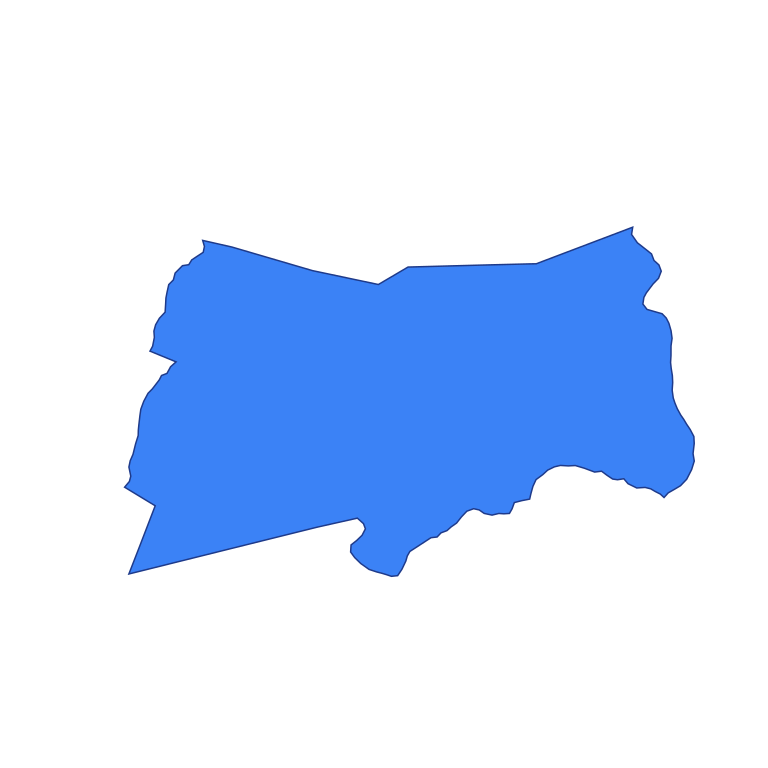 Itatim, Bahia, Brazil (Albers equal-area conic projection), rotated 74°
{"feature_id": "56859067B14041367173049", "entity_name": "Itatim", "entity_type": "district", "adm_level": 2, "iso_a3": "BRA", "parent_name": "Brazil", "parent_adm1": "Bahia", "projection": "albers", "projection_center": [-39.715, -12.718], "detail": "fine", "context": "isolated", "style": "filled", "palette": "blue", "viewbox_px": 768, "rotation_deg": 74, "n_neighbors": 0, "source": "geoboundaries", "source_scale": "gbopen_adm2", "svg_char_len": 2041}
<svg xmlns="http://www.w3.org/2000/svg" viewBox="0 0 768 768"><g transform="rotate(74 384 384)"><path d="M196.0,518.7L202.3,518.7L207.6,521.5L209.8,528.6L211.7,534.6L215.5,538.8L214.7,545.1L219.8,554.2L225.9,557.8L229.1,563.5L235.9,567.2L241.2,569.9L247.6,572.1L254.6,574.6L258.9,581.8L264.1,587.2L269.7,590.6L275.9,591.9L283.9,596.0L287.9,599.9L305.4,577.8L308.6,584.4L314.0,589.7L314.5,595.5L318.2,599.0L324.9,608.1L327.9,613.4L334.4,619.7L341.2,624.7L347.0,627.3L355.9,631.0L360.7,632.9L365.8,634.5L373.1,639.3L382.5,644.7L387.8,649.1L393.5,652.1L402.8,652.8L407.5,655.6L411.7,661.8L438.0,637.5L472.1,663.2L496.3,681.6L500.0,577.0L503.2,487.8L505.6,446.6L512.6,442.2L518.1,441.8L523.4,446.8L526.9,453.4L529.6,460.0L536.3,462.4L542.8,460.0L550.2,455.8L558.1,449.5L562.6,442.9L565.3,438.3L568.0,434.1L570.9,429.9L572.0,423.7L567.0,417.8L560.2,411.8L555.7,409.0L552.1,405.3L544.7,381.2L545.7,375.1L542.8,370.2L542.3,363.9L539.8,358.7L537.7,352.6L533.1,346.2L529.1,339.4L528.6,332.2L531.3,327.2L536.0,323.4L539.8,316.3L540.1,309.3L541.8,304.6L543.0,299.1L539.3,295.3L533.9,291.4L534.1,283.8L534.8,275.7L529.9,273.0L523.5,269.1L517.8,264.2L514.9,256.4L511.9,250.4L510.6,243.0L510.9,236.9L513.5,229.5L515.1,222.6L520.2,214.6L526.7,205.8L527.8,198.9L533.2,194.8L538.4,190.4L540.4,185.9L541.2,179.6L547.1,176.9L553.6,169.7L555.4,161.5L558.3,156.5L562.1,152.9L565.9,148.8L570.3,146.1L567.0,140.8L565.2,133.5L563.5,127.0L559.0,119.3L551.1,111.9L543.6,107.0L536.1,106.1L526.7,102.2L519.9,100.6L512.2,102.2L506.0,104.2L500.7,105.6L495.7,107.3L488.6,108.9L482.4,109.6L477.2,109.8L469.4,108.7L462.2,106.1L455.5,104.5L448.0,103.6L442.3,102.6L435.8,100.3L426.5,97.6L419.5,94.5L412.0,93.4L404.2,93.4L398.4,94.5L393.1,97.3L390.0,102.3L384.8,110.6L378.5,113.1L372.4,110.3L368.7,106.7L362.0,97.8L358.1,91.0L352.0,86.4L345.3,86.9L339.7,90.4L332.7,91.0L326.8,95.2L318.1,101.5L308.5,104.8L301.8,101.7L310.4,204.5L308.5,211.6L296.7,257.0L278.2,328.7L286.8,362.0L255.3,421.5L210.5,492.3L196.0,518.7Z" fill="#3b82f6" stroke="#1e3a8a" stroke-width="1.5"/></g></svg>